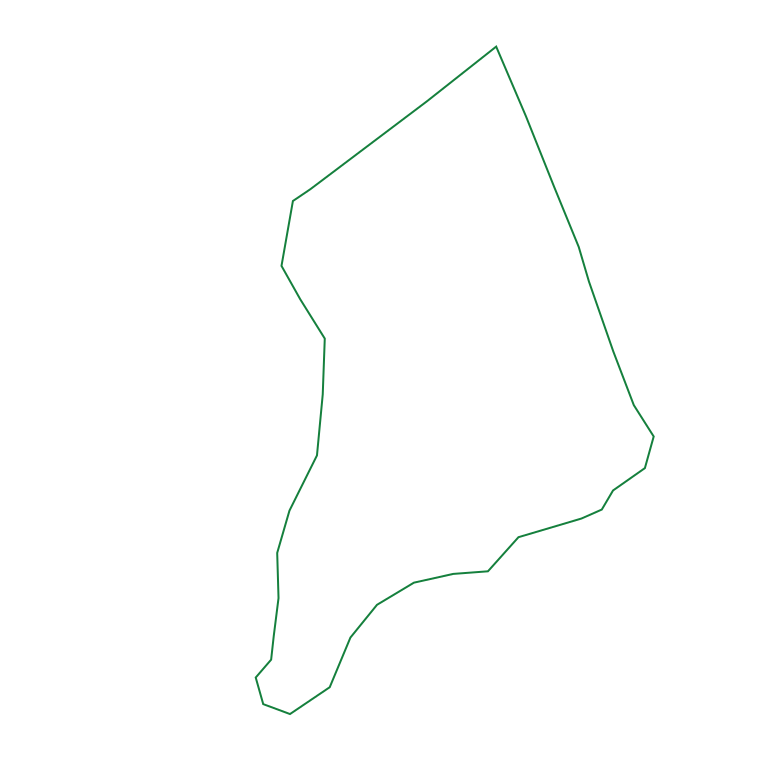 Bayaut, Sirdaryo, Uzbekistan, rotated 68°
{"feature_id": "79887680B47457060484858", "entity_name": "Bayaut", "entity_type": "district", "adm_level": 2, "iso_a3": "UZB", "parent_name": "Uzbekistan", "parent_adm1": "Sirdaryo", "projection": "robinson", "projection_center": [68.989, 40.333], "detail": "fine", "context": "isolated", "style": "outline", "palette": "green", "viewbox_px": 768, "rotation_deg": 68, "n_neighbors": 0, "source": "geoboundaries", "source_scale": "gbopen_adm2", "svg_char_len": 597}
<svg xmlns="http://www.w3.org/2000/svg" viewBox="0 0 768 768"><g transform="rotate(68 384 384)"><path d="M644.8,547.9L606.5,510.1L586.1,473.2L579.4,430.7L586.0,391.0L596.6,357.8L576.4,316.7L582.7,251.3L582.0,229.1L568.5,211.5L559.7,173.6L533.7,153.6L497.2,160.3L439.6,159.2L365.8,155.6L329.9,152.1L264.9,152.4L189.1,152.1L113.2,153.6L137.9,238.1L175.8,379.3L180.2,399.9L236.1,434.8L274.2,429.9L319.7,421.9L370.7,444.7L425.1,472.9L466.0,519.1L500.6,546.3L543.0,562.0L576.3,580.6L597.3,591.9L608.1,612.9L635.6,615.9L654.8,594.8L644.8,547.9Z" fill="none" stroke="#15803d" stroke-width="2"/></g></svg>